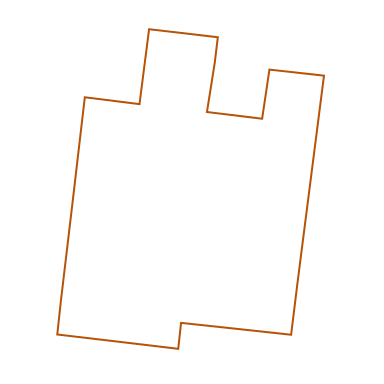 outline of Dent, Missouri, United States of America, rotated 276°
{"feature_id": "52423323B29389566845482", "entity_name": "Dent", "entity_type": "district", "adm_level": 2, "iso_a3": "USA", "parent_name": "United States of America", "parent_adm1": "Missouri", "projection": "equal_earth", "projection_center": [-91.456, 37.603], "detail": "fine", "context": "isolated", "style": "outline", "palette": "amber", "viewbox_px": 384, "rotation_deg": 276, "n_neighbors": 0, "source": "geoboundaries", "source_scale": "gbopen_adm2", "svg_char_len": 360}
<svg xmlns="http://www.w3.org/2000/svg" viewBox="0 0 384 384"><g transform="rotate(276 192 192)"><path d="M169.2,74.3L70.8,73.0L36.2,72.9L34.6,194.7L60.7,194.8L60.4,305.5L112.5,306.4L321.5,311.1L321.8,256.2L272.2,254.1L273.1,198.5L322.5,201.1L348.6,201.5L349.4,132.3L273.9,130.6L275.0,75.5L169.2,74.3Z" fill="none" stroke="#b45309" stroke-width="2"/></g></svg>